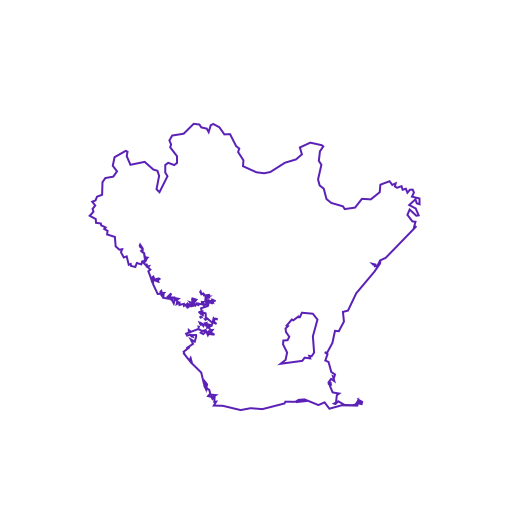 outline of Panamá, Panama, rotated 306°
{"feature_id": "35544464B75623018343213", "entity_name": "Panamá", "entity_type": "district", "adm_level": 2, "iso_a3": "PAN", "parent_name": "Panama", "parent_adm1": "", "projection": "robinson", "projection_center": [-79.506, 9.204], "detail": "fine", "context": "isolated", "style": "outline", "palette": "violet", "viewbox_px": 512, "rotation_deg": 306, "n_neighbors": 0, "source": "geoboundaries", "source_scale": "gbopen_adm2", "svg_char_len": 6155}
<svg xmlns="http://www.w3.org/2000/svg" viewBox="0 0 512 512"><g transform="rotate(306 256 256)"><path d="M333.2,175.4L339.3,163.4L335.8,158.9L338.6,150.7L337.7,143.9L335.2,142.5L328.4,144.9L330.1,141.3L327.9,136.2L329.1,132.9L326.3,127.9L312.4,125.6L304.2,117.4L298.6,118.0L296.3,121.8L293.5,122.7L290.3,133.4L284.9,137.4L281.5,136.4L279.8,130.2L276.3,129.1L270.2,133.5L268.5,137.5L250.9,140.4L251.5,136.3L263.9,130.5L267.0,126.2L265.6,122.1L266.7,110.6L256.0,100.8L260.8,92.7L264.8,90.8L264.5,88.8L252.8,83.5L244.8,87.1L242.8,93.8L236.3,93.9L230.5,88.3L225.5,88.4L215.1,95.5L210.5,92.5L206.6,93.5L203.7,91.6L202.3,96.3L198.1,96.1L196.2,98.5L190.8,97.8L191.7,104.6L188.8,107.1L191.1,111.3L189.8,112.8L190.7,117.6L188.7,117.4L189.1,121.1L185.9,122.9L188.5,130.6L181.3,136.8L180.8,141.8L182.8,143.7L179.7,144.5L177.1,149.9L179.7,151.6L174.1,158.2L175.9,159.3L174.5,160.7L176.2,164.8L180.3,163.7L181.8,168.1L185.0,167.2L186.4,169.2L188.0,167.9L190.6,168.9L189.5,166.6L192.5,163.7L192.3,161.3L192.6,160.4L193.1,160.1L193.9,160.9L195.3,159.8L195.3,156.8L196.0,155.9L197.1,155.6L195.5,159.9L194.0,161.0L192.6,160.4L192.6,163.8L189.8,166.8L190.8,169.0L186.4,169.7L184.6,167.8L183.7,172.6L185.5,172.2L183.3,173.9L184.8,175.3L183.3,175.3L182.9,178.5L180.4,177.9L176.1,184.4L179.0,185.0L178.4,186.1L175.8,184.7L174.5,186.5L177.5,186.0L176.9,187.5L180.7,190.5L180.7,191.4L178.0,190.4L178.4,191.4L177.8,192.1L176.3,186.7L172.7,189.3L167.5,198.8L169.5,201.1L171.0,199.7L172.1,199.9L170.7,201.6L171.9,203.2L168.7,202.6L168.2,204.3L168.9,204.6L169.4,204.0L170.3,204.0L167.7,205.6L170.4,211.0L171.0,208.5L175.9,209.4L170.9,210.6L170.8,213.1L172.7,211.9L174.0,213.7L171.1,213.7L169.3,217.3L174.4,215.3L175.8,218.4L173.4,217.5L172.9,220.2L172.5,219.2L170.4,220.1L173.2,221.5L171.4,222.9L174.9,225.8L173.4,227.0L175.5,227.9L174.6,229.1L176.5,228.8L174.5,231.2L175.8,231.5L176.6,230.0L177.6,230.0L176.6,232.5L178.4,230.7L177.2,233.2L178.9,234.6L179.9,230.1L180.6,232.4L182.6,230.5L182.4,232.9L184.5,230.1L185.6,233.5L180.9,233.2L180.3,236.1L182.4,236.2L182.3,239.0L183.4,236.8L185.2,240.9L187.0,239.2L188.0,240.7L185.7,241.2L188.3,245.3L189.7,241.5L192.6,239.7L195.9,241.7L193.5,237.3L194.5,235.7L192.9,234.4L194.1,232.0L194.8,232.0L193.2,234.3L194.8,235.5L193.9,237.6L196.9,240.8L194.9,242.6L192.5,240.4L190.2,243.4L192.3,243.4L193.1,248.2L194.2,246.4L195.0,246.5L195.7,249.9L194.8,246.5L193.5,248.4L191.9,248.3L191.1,245.0L187.2,246.4L181.4,242.3L175.8,248.3L179.2,246.5L180.0,249.0L176.9,251.4L176.3,260.1L180.7,258.3L180.5,259.2L181.7,260.3L182.3,262.2L180.5,259.4L178.1,260.7L177.8,264.0L177.1,260.0L173.6,261.0L173.2,259.3L171.1,259.1L172.1,259.9L170.1,260.3L169.4,262.9L170.6,264.3L167.7,264.3L167.9,268.6L165.8,264.8L167.4,264.2L167.2,261.2L166.3,263.4L163.6,263.7L166.5,258.8L164.4,257.1L165.1,259.9L161.8,259.2L161.4,256.4L163.7,256.8L163.1,252.3L152.1,245.1L151.1,247.1L153.6,249.0L153.0,251.3L153.5,252.3L154.4,250.7L156.8,254.0L155.5,255.0L150.7,256.8L150.2,252.2L147.9,256.7L140.4,253.9L143.2,255.9L136.0,253.7L134.8,255.7L134.9,254.2L131.3,267.2L134.3,263.2L135.0,263.1L131.4,267.5L129.5,280.2L122.1,288.9L122.1,291.7L122.7,289.8L124.3,288.7L123.4,291.9L121.1,292.8L118.8,295.6L120.1,294.4L120.2,296.9L117.7,299.9L114.5,299.6L115.5,302.0L117.8,301.8L119.8,305.2L115.4,303.5L114.8,304.8L117.9,305.2L113.5,308.0L114.8,309.4L110.2,309.8L115.3,317.2L122.3,334.1L129.7,341.1L135.9,351.2L153.4,365.7L155.4,365.4L161.2,373.6L164.6,375.0L168.5,379.5L172.1,394.1L177.9,397.5L175.6,405.1L185.6,413.1L195.0,426.6L194.4,424.1L196.1,423.9L198.3,428.5L200.4,427.6L199.9,423.9L198.6,426.3L197.2,425.3L199.3,423.6L194.5,423.9L192.3,422.1L187.6,415.3L186.8,408.0L182.9,407.2L182.5,405.9L184.6,406.8L190.9,403.2L193.6,404.1L190.7,398.2L194.3,392.2L194.9,391.7L195.5,392.3L195.8,392.2L196.8,391.8L194.9,391.6L195.3,389.9L196.8,389.3L196.7,391.4L197.4,390.8L196.8,389.0L200.7,389.0L200.8,392.9L203.8,389.1L203.9,390.5L206.6,389.6L206.4,385.1L212.9,377.0L212.2,373.5L218.6,371.6L218.5,368.3L219.6,370.4L230.6,368.9L241.9,363.9L243.8,367.2L254.6,365.7L261.9,359.2L265.9,362.5L284.8,359.0L312.9,361.0L322.6,360.8L324.9,359.8L320.9,360.6L318.7,359.8L317.6,358.2L319.0,357.5L317.9,356.0L318.1,354.8L319.2,357.5L317.9,358.4L319.9,359.9L325.4,359.0L330.7,362.0L373.2,368.1L374.4,367.8L370.7,367.5L377.4,364.9L375.9,362.1L378.3,354.3L383.9,353.0L382.8,362.0L384.5,363.7L388.3,357.3L387.3,350.0L395.6,351.7L393.1,355.1L394.0,357.9L398.6,354.4L395.7,347.3L400.1,346.5L401.8,343.8L400.1,341.6L396.2,341.3L398.5,337.7L395.8,335.7L398.0,332.7L394.1,330.0L393.9,327.5L396.9,326.3L393.6,324.5L395.0,320.1L386.8,314.7L380.3,318.6L369.3,315.6L364.5,308.1L353.4,307.7L346.1,300.2L347.3,297.2L343.2,285.7L343.5,279.6L350.3,271.2L350.5,266.0L354.4,261.2L368.2,255.3L369.9,250.9L378.3,246.2L384.2,246.0L384.3,244.1L379.6,233.3L369.6,227.7L365.2,233.4L357.6,231.6L348.5,224.6L332.3,218.2L327.7,213.9L324.0,207.2L321.0,192.7L326.0,189.6L329.6,180.4L333.1,179.3L333.2,175.4ZM217.8,321.7L225.7,322.3L225.9,324.0L232.8,326.1L231.4,326.3L232.2,327.5L237.1,326.5L242.7,335.9L240.7,343.1L224.5,349.2L212.0,359.8L207.5,359.9L206.5,357.8L205.0,360.0L202.3,355.1L198.4,355.1L183.3,339.3L189.3,341.0L196.2,337.9L200.4,329.8L203.7,327.8L206.4,331.0L210.2,330.4L212.1,325.0L214.7,322.5L218.1,323.1L217.8,321.7ZM167.9,379.3L161.3,374.3L168.4,382.1L167.9,379.3ZM171.5,254.6L170.4,256.4L172.6,257.6L171.5,254.6ZM121.8,289.5L120.2,291.0L120.3,292.6L121.9,291.7L121.8,289.5ZM168.9,249.7L167.8,251.6L168.8,252.9L169.3,252.0L168.9,249.7ZM174.2,247.8L174.2,246.0L173.6,247.4L174.2,247.8ZM156.6,245.2L155.4,246.1L156.5,247.0L156.6,245.2ZM169.8,254.5L169.5,252.3L168.4,254.6L169.8,254.5ZM118.8,293.8L120.1,293.0L119.8,292.0L118.8,293.8ZM177.9,245.0L176.9,244.5L176.8,245.1L177.9,245.0ZM175.6,252.8L174.9,251.9L174.7,252.6L175.6,252.8ZM170.7,259.5L170.0,258.1L169.3,258.7L170.7,259.5ZM185.3,243.7L184.2,243.2L185.2,243.9L185.3,243.7ZM178.1,243.7L177.4,243.1L176.4,243.5L178.1,243.7ZM168.4,263.4L169.2,262.7L168.4,263.4ZM175.9,254.3L176.6,253.8L176.4,253.3L175.9,254.3ZM171.9,255.2L172.5,255.1L172.0,254.7L171.9,255.2ZM164.6,251.5L165.1,251.4L165.0,251.1L164.6,251.5Z" fill="none" stroke="#5b21b6" stroke-width="2"/></g></svg>